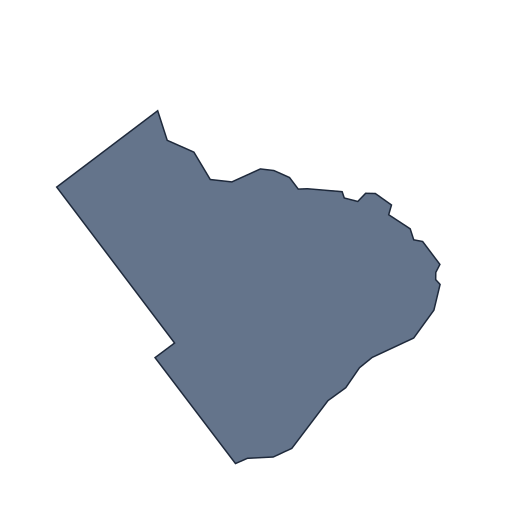 Hood River, Oregon, United States of America, rotated 143°
{"feature_id": "52423323B12967168395878", "entity_name": "Hood River", "entity_type": "district", "adm_level": 2, "iso_a3": "USA", "parent_name": "United States of America", "parent_adm1": "Oregon", "projection": "natural_earth1", "projection_center": [-121.734, 45.492], "detail": "fine", "context": "isolated", "style": "filled", "palette": "slate", "viewbox_px": 512, "rotation_deg": 143, "n_neighbors": 0, "source": "geoboundaries", "source_scale": "gbopen_adm2", "svg_char_len": 643}
<svg xmlns="http://www.w3.org/2000/svg" viewBox="0 0 512 512"><g transform="rotate(143 256 256)"><path d="M397.3,102.6L384.6,99.6L363.2,85.1L349.5,82.2L348.8,82.0L343.2,80.8L285.5,97.2L263.6,96.8L240.6,104.5L224.3,105.1L179.4,95.6L146.5,105.7L126.1,122.5L126.7,129.0L122.3,134.7L114.2,138.6L114.2,167.3L120.3,174.0L116.5,184.9L125.2,209.1L117.1,215.2L123.1,234.1L130.7,240.1L141.9,238.3L150.6,249.2L148.5,255.5L174.5,278.8L182.0,284.0L182.0,298.5L190.3,313.5L200.1,322.9L230.7,329.7L246.5,344.6L243.1,376.3L257.3,401.8L247.1,431.2L373.7,431.0L373.4,235.5L397.8,235.6L397.3,102.6Z" fill="#64748b" stroke="#1e293b" stroke-width="1.5"/></g></svg>